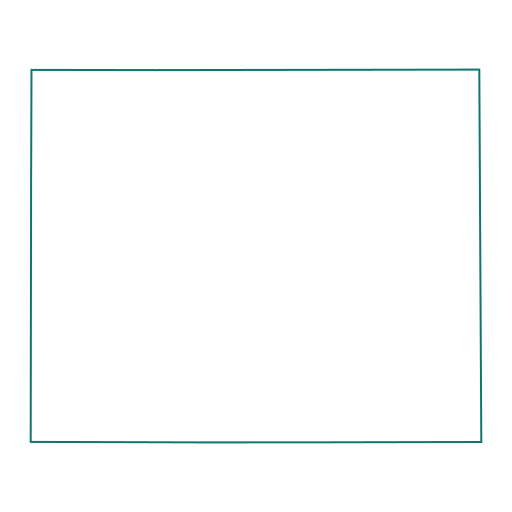 Garfield, Oklahoma, United States of America (Albers equal-area conic projection)
{"feature_id": "52423323B99576880853175", "entity_name": "Garfield", "entity_type": "district", "adm_level": 2, "iso_a3": "USA", "parent_name": "United States of America", "parent_adm1": "Oklahoma", "projection": "albers", "projection_center": [-97.826, 36.379], "detail": "fine", "context": "isolated", "style": "outline", "palette": "teal", "viewbox_px": 512, "rotation_deg": 0, "n_neighbors": 0, "source": "geoboundaries", "source_scale": "gbopen_adm2", "svg_char_len": 238}
<svg xmlns="http://www.w3.org/2000/svg" viewBox="0 0 512 512"><path d="M31.5,69.9L31.1,183.1L30.7,441.9L206.0,442.4L330.8,442.3L481.3,442.0L479.3,69.6L478.7,69.6L155.7,70.1L31.5,69.9Z" fill="none" stroke="#0f766e" stroke-width="2"/></svg>